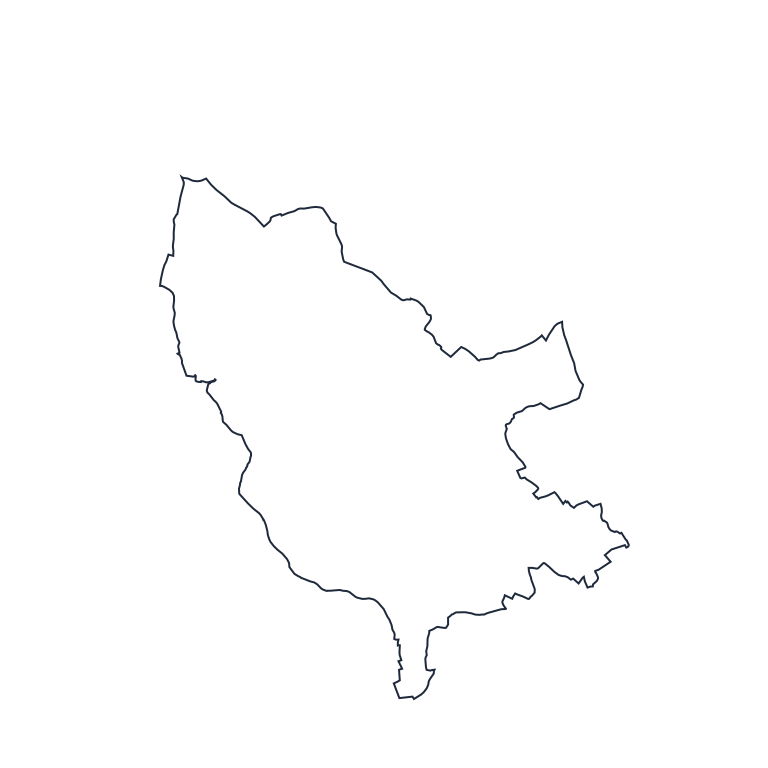 Ceanu Mare, Cluj, Romania, rotated 236°
{"feature_id": "2599482B18461977466611", "entity_name": "Ceanu Mare", "entity_type": "district", "adm_level": 2, "iso_a3": "ROU", "parent_name": "Romania", "parent_adm1": "Cluj", "projection": "robinson", "projection_center": [23.937, 46.642], "detail": "fine", "context": "isolated", "style": "outline", "palette": "slate", "viewbox_px": 768, "rotation_deg": 236, "n_neighbors": 0, "source": "geoboundaries", "source_scale": "gbopen_adm2", "svg_char_len": 6165}
<svg xmlns="http://www.w3.org/2000/svg" viewBox="0 0 768 768"><g transform="rotate(236 384 384)"><path d="M668.6,332.0L663.8,331.0L662.6,330.5L661.0,329.2L653.1,320.1L640.4,307.6L640.5,307.1L640.3,306.4L638.1,301.7L636.0,300.4L633.4,299.4L627.1,294.3L622.1,291.0L616.2,285.9L612.0,283.8L608.1,280.9L611.8,277.7L607.3,272.0L605.4,268.5L601.9,264.2L595.6,257.6L590.6,253.2L589.3,254.9L587.4,256.1L581.9,258.8L577.8,259.7L574.4,259.1L570.5,256.6L566.0,252.7L564.6,251.9L559.9,250.3L557.7,248.5L554.0,244.7L552.9,244.0L549.7,242.5L545.7,241.1L542.8,240.6L537.6,238.4L533.3,237.8L532.6,237.4L531.1,235.2L530.0,234.2L524.3,232.0L524.6,229.8L524.0,229.9L522.2,231.0L518.0,230.2L515.9,229.4L514.6,228.3L501.3,224.9L496.5,230.3L496.2,231.7L497.6,232.5L495.7,232.4L493.4,230.4L492.0,229.7L490.9,230.1L489.5,231.4L488.0,233.3L488.6,234.0L488.4,234.3L487.2,235.7L485.1,237.2L483.7,239.2L481.8,245.5L481.9,246.0L482.3,246.4L481.6,246.7L481.3,246.3L481.2,244.8L482.3,241.6L482.3,240.9L481.9,240.3L482.2,238.9L482.0,238.1L477.7,233.4L475.6,232.8L473.6,233.3L465.6,233.9L463.4,234.5L460.8,234.7L451.9,233.5L451.3,232.5L449.5,232.5L447.5,231.9L443.9,229.9L442.6,229.4L438.3,230.5L431.3,231.2L428.8,231.8L424.4,234.4L421.1,237.4L411.6,235.5L406.1,235.0L402.0,235.3L401.2,235.1L399.0,233.8L397.9,232.3L395.0,229.4L394.5,228.5L393.6,225.8L392.1,224.4L391.7,223.0L390.5,221.3L389.3,217.7L387.9,215.4L383.2,210.9L382.4,209.4L380.8,208.1L378.4,205.3L373.9,202.6L360.9,204.5L353.3,206.1L346.8,208.2L344.2,208.5L340.5,208.3L338.6,207.9L338.5,208.0L339.0,208.3L338.2,208.3L333.2,207.2L327.4,205.1L323.6,203.2L319.3,202.0L316.6,201.6L311.1,202.0L305.9,203.1L300.1,204.9L293.0,205.7L288.7,205.2L285.1,203.2L276.7,203.6L272.7,205.4L270.6,206.7L270.0,206.7L261.7,212.4L258.5,215.2L255.3,216.6L249.7,217.6L248.0,218.3L245.5,220.0L244.3,221.0L244.1,221.8L242.8,223.6L238.0,232.1L235.7,234.2L232.9,237.6L230.8,239.0L223.7,241.3L222.0,242.2L218.0,245.8L216.4,248.3L214.7,251.7L211.4,254.8L209.5,255.8L206.4,256.8L197.5,257.9L189.0,256.7L185.8,256.7L180.0,255.5L175.5,253.6L172.2,253.4L170.2,252.7L166.9,249.9L166.0,250.4L164.9,251.6L164.0,253.1L162.1,251.0L159.5,249.3L159.3,250.1L158.5,251.0L153.2,247.0L150.7,245.5L145.3,243.9L146.1,241.0L137.8,239.8L138.4,238.0L138.6,236.6L129.5,231.4L129.7,228.3L130.3,224.7L115.0,221.1L108.9,232.8L106.1,232.7L105.8,241.3L106.3,244.7L107.9,249.4L109.7,252.1L110.9,253.5L111.9,254.2L112.8,255.4L113.8,257.3L116.1,263.3L118.0,264.7L118.9,266.1L120.1,263.7L120.5,262.1L123.2,259.5L125.7,260.4L132.8,264.4L134.1,265.7L135.3,267.8L138.9,269.6L142.3,273.3L148.6,277.8L152.2,282.2L154.0,283.5L153.3,286.8L152.9,292.3L148.6,297.0L147.6,298.2L147.2,299.1L148.7,302.6L154.5,306.5L154.6,309.3L155.0,311.5L154.6,312.5L154.5,315.4L154.2,316.3L149.3,323.8L144.9,328.3L141.7,330.8L139.0,334.4L138.2,336.2L136.8,338.2L136.6,340.0L135.8,343.1L131.7,355.3L129.4,359.1L129.5,359.4L133.5,359.3L136.4,359.8L137.7,360.8L139.6,364.1L141.3,366.0L134.3,370.2L135.5,372.1L137.0,375.6L135.0,376.8L129.9,380.5L125.2,383.3L124.8,383.9L125.2,385.6L125.7,386.5L125.6,387.8L126.8,392.2L129.7,394.3L139.4,396.7L141.3,397.6L144.4,398.3L147.8,399.5L150.7,401.1L148.9,403.8L145.4,407.6L145.2,408.1L145.1,408.9L146.4,415.9L145.7,416.9L140.1,418.6L133.0,420.2L128.2,421.9L125.2,424.2L123.5,426.5L121.2,428.2L117.3,429.5L116.9,432.0L109.8,433.8L112.3,440.3L112.4,441.9L108.2,440.2L101.4,438.9L100.6,441.9L99.4,443.9L101.0,445.3L101.6,449.9L102.4,451.7L103.2,452.8L104.4,453.4L108.3,454.1L110.0,454.0L110.9,454.5L110.0,458.1L109.9,472.5L118.6,471.4L119.6,480.0L115.7,493.6L112.9,493.4L112.6,494.8L113.1,496.4L113.9,497.0L118.5,497.8L119.8,497.4L127.9,497.6L128.1,496.1L131.2,494.8L132.1,493.9L132.2,492.6L135.8,490.2L137.5,489.9L139.8,490.0L143.7,491.3L144.5,491.3L147.7,490.0L147.9,489.2L148.6,489.0L151.3,489.3L153.7,490.5L155.9,492.9L159.1,494.9L163.6,496.5L165.3,490.6L165.2,488.9L173.3,486.7L175.5,477.7L175.7,475.6L175.1,472.2L179.1,470.6L182.5,470.7L183.7,470.5L183.4,469.7L183.5,469.3L185.6,469.0L184.4,465.5L193.2,465.5L197.5,465.2L199.0,464.8L199.9,457.8L200.6,454.8L202.4,449.7L202.4,447.6L204.8,447.5L204.9,446.8L209.7,446.5L209.8,449.4L210.6,452.7L210.9,453.3L211.8,453.7L214.2,453.3L219.9,451.3L225.2,448.9L227.7,448.4L228.9,445.1L229.9,444.5L237.6,445.9L235.6,454.2L236.1,454.9L241.4,455.2L248.8,453.9L254.9,453.8L258.9,452.6L260.2,452.6L264.9,453.2L270.7,454.7L274.2,456.3L275.5,457.2L278.1,460.7L281.1,461.5L281.9,462.1L282.1,463.0L281.2,466.0L281.8,468.1L283.3,470.3L283.3,472.3L283.5,472.8L283.9,473.3L285.8,474.2L286.1,474.7L285.9,478.5L284.4,483.2L285.1,488.0L284.9,489.6L284.6,491.2L283.7,493.1L282.1,495.7L280.7,501.0L280.6,503.0L270.6,507.1L267.4,518.5L265.4,524.9L264.3,532.2L263.6,534.7L263.5,537.9L268.6,544.1L270.6,547.1L272.2,548.7L275.6,548.2L277.9,548.2L287.7,550.1L295.0,553.3L303.3,555.1L318.6,559.5L323.7,560.7L331.2,563.6L336.0,566.4L337.0,561.4L336.5,557.7L332.6,548.2L329.5,542.6L336.1,542.0L335.7,540.5L335.3,534.2L335.4,531.1L336.0,526.6L338.7,511.9L341.3,505.5L343.6,501.2L344.4,497.8L345.6,495.9L345.5,493.5L344.9,490.2L345.0,488.6L346.0,485.8L350.3,477.7L350.2,476.0L351.4,475.2L356.1,474.6L364.0,472.5L368.0,470.8L371.5,468.7L369.2,454.5L379.9,451.0L381.5,450.9L382.5,452.1L382.8,452.2L385.5,451.5L386.6,450.6L388.8,450.0L395.2,451.5L397.6,451.4L401.4,450.2L403.6,449.0L406.0,448.1L406.4,448.2L407.0,448.9L408.3,450.7L410.0,456.1L411.2,458.6L411.8,459.4L414.2,460.8L415.1,461.0L416.2,459.8L418.1,458.9L425.5,460.1L433.0,458.5L435.4,457.3L439.9,453.9L439.2,453.1L441.4,450.3L442.4,447.1L444.1,445.6L450.4,443.5L455.9,440.9L467.1,439.6L471.1,439.5L483.1,436.6L507.6,419.3L510.3,419.9L517.6,423.0L521.2,426.0L523.4,426.8L533.6,428.2L535.4,428.7L540.7,431.3L543.7,433.7L548.6,431.1L552.6,431.5L563.7,431.5L565.7,430.2L568.7,426.8L570.6,423.5L574.1,415.8L576.3,412.8L577.1,410.7L577.4,406.4L579.5,400.0L580.9,393.3L582.6,393.4L583.2,392.1L584.9,386.1L585.1,383.2L583.4,381.6L582.7,380.4L582.0,376.1L581.7,372.5L594.7,370.4L600.1,368.7L603.4,367.3L616.2,360.4L619.8,358.7L628.6,356.8L638.6,353.6L645.8,352.1L653.8,351.4L654.8,346.1L656.0,343.4L657.0,341.9L659.6,339.0L663.9,336.4L667.7,332.3L668.6,332.0Z" fill="none" stroke="#1e293b" stroke-width="2"/></g></svg>